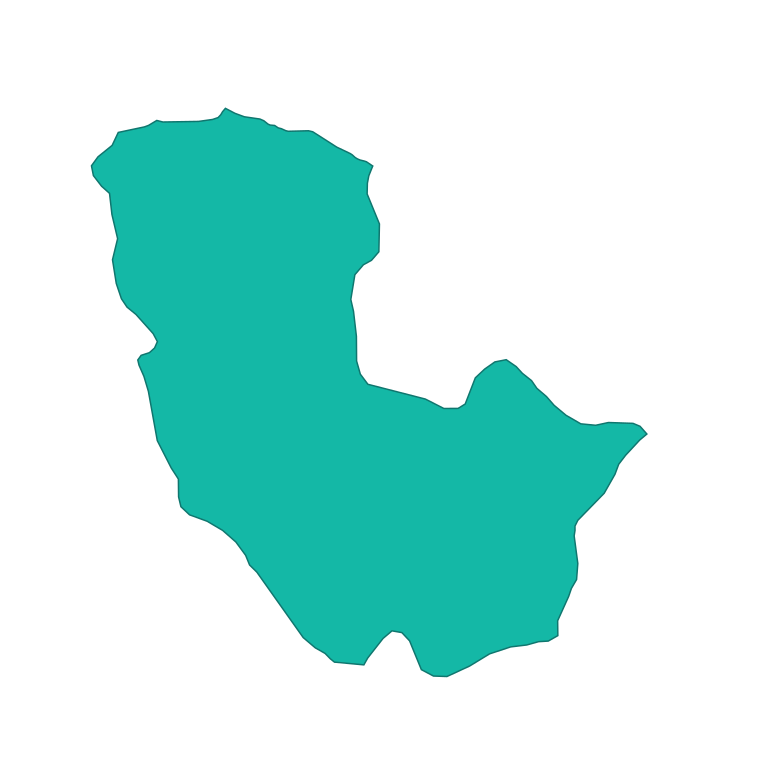 the border of Marrakech - Tensift - Al Haouz, rotated 80°
{"feature_id": "MAR-1456", "entity_name": "Marrakech - Tensift - Al Haouz", "entity_type": "Region", "adm_level": 1, "iso_a3": "MAR", "parent_name": "Morocco", "parent_adm1": "", "projection": "mercator", "projection_center": [-8.579, 31.832], "detail": "fine", "context": "isolated", "style": "filled", "palette": "teal", "viewbox_px": 768, "rotation_deg": 80, "n_neighbors": 0, "source": "natural_earth", "source_scale": "10m", "svg_char_len": 1835}
<svg xmlns="http://www.w3.org/2000/svg" viewBox="0 0 768 768"><g transform="rotate(80 384 384)"><path d="M90.1,601.9L89.2,575.3L88.4,570.9L85.0,562.0L87.6,556.2L93.2,521.1L93.7,506.9L92.8,501.1L90.5,498.0L87.7,495.6L85.0,492.3L91.6,483.7L96.6,475.1L101.5,460.2L103.9,456.6L107.9,453.1L109.2,451.2L110.4,446.8L113.4,443.7L114.7,440.8L117.5,436.7L118.5,434.4L121.5,414.4L123.2,410.4L142.6,389.3L151.2,377.2L152.8,375.5L155.9,373.1L157.6,371.2L159.2,368.8L161.1,364.5L162.1,362.7L167.4,357.2L168.1,357.7L176.3,362.8L183.4,365.5L193.9,367.6L225.6,360.7L252.9,366.1L260.0,374.8L263.0,383.6L271.3,393.7L295.0,402.0L307.1,401.4L332.3,402.9L356.6,407.0L370.2,405.6L381.5,399.9L406.0,345.9L418.5,329.3L420.9,315.3L417.8,307.5L393.8,293.0L386.8,282.3L381.5,271.0L381.3,259.4L389.8,250.8L397.5,245.9L406.3,238.1L414.8,234.2L424.7,226.1L434.5,220.2L446.4,210.2L457.4,197.1L461.4,182.7L460.9,169.7L466.0,145.6L470.1,139.2L478.9,133.8L483.6,141.9L496.1,158.4L503.8,166.8L513.0,172.2L529.8,186.1L551.9,216.8L557.1,220.6L561.3,221.3L566.6,223.1L594.4,224.3L610.0,228.3L617.8,234.9L625.2,239.0L647.3,254.1L662.0,256.5L665.7,266.9L664.6,276.5L665.8,288.7L664.9,304.9L668.1,326.9L676.6,348.6L683.0,372.8L680.2,386.0L671.8,396.8L641.4,403.4L631.9,409.6L628.5,419.0L634.4,429.1L651.0,447.6L657.1,452.6L649.3,481.1L645.4,484.5L639.1,488.8L631.9,497.5L619.7,507.6L547.2,541.9L538.9,547.8L528.7,550.0L513.9,557.3L500.1,568.4L488.4,582.1L479.1,598.2L469.6,605.3L459.5,605.9L441.9,603.0L429.8,608.1L400.4,617.1L350.3,617.3L334.8,619.1L322.9,622.0L317.6,622.3L313.6,618.2L312.4,609.6L308.7,603.7L302.9,599.8L294.3,602.6L272.4,616.2L263.7,623.7L254.4,627.8L238.5,630.2L214.5,629.8L194.6,621.1L169.8,622.5L148.6,621.2L140.2,627.8L128.3,634.0L118.3,634.2L110.6,626.2L101.8,610.3L90.1,602.0L90.1,601.9Z" fill="#14b8a6" stroke="#0f766e" stroke-width="1.5"/></g></svg>